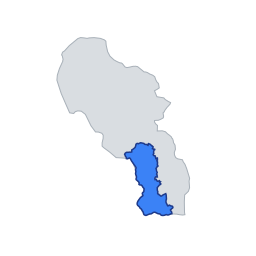 location of Košický within Slovakia, rotated 68°
{"feature_id": "SVK-1057", "entity_name": "Košický", "entity_type": "Region", "adm_level": 1, "iso_a3": "SVK", "parent_name": "Slovakia", "parent_adm1": "", "projection": "orthographic", "projection_center": [21.122, 48.674], "detail": "fine", "context": "in_parent", "style": "filled", "palette": "blue", "viewbox_px": 256, "rotation_deg": 68, "n_neighbors": 0, "source": "natural_earth", "source_scale": "10m", "svg_char_len": 6625}
<svg xmlns="http://www.w3.org/2000/svg" viewBox="0 0 256 256"><g transform="rotate(68 128 128)"><path d="M229.7,107.7L229.2,109.9L227.8,112.5L226.0,115.3L224.6,118.5L222.7,125.5L221.4,128.8L216.0,135.2L215.7,144.1L215.0,144.7L202.6,147.8L201.0,147.4L199.3,145.7L198.3,144.4L197.8,143.5L196.7,141.1L195.2,139.4L193.1,138.0L191.2,136.3L188.7,136.3L182.1,138.6L177.4,138.8L174.3,138.1L170.2,136.7L162.2,136.4L156.7,137.6L156.2,139.3L151.0,150.1L143.5,154.0L137.0,158.0L135.1,158.8L132.0,157.5L128.4,155.0L125.4,153.7L123.1,154.2L120.7,156.9L119.5,159.6L112.1,161.5L99.4,162.4L94.9,165.0L93.3,168.2L93.1,170.7L94.2,172.9L92.7,175.4L92.1,176.4L83.0,176.7L71.0,177.0L63.8,176.5L57.0,176.0L52.5,173.7L47.1,169.2L41.5,163.3L40.9,163.2L40.1,162.5L36.4,161.9L35.4,162.2L33.2,160.3L32.7,157.9L29.6,151.5L26.3,141.0L26.4,138.1L28.1,134.8L29.6,132.3L29.9,130.3L30.1,129.7L31.5,125.6L34.5,120.1L37.3,117.0L39.2,116.0L43.0,117.2L49.6,118.3L54.7,117.8L59.6,115.5L62.2,113.4L64.5,111.2L65.3,109.7L66.3,109.1L70.3,107.9L71.6,106.4L72.2,103.5L72.7,100.2L73.6,97.8L74.7,96.1L82.0,92.1L82.7,90.6L83.9,89.2L86.1,87.6L88.3,85.3L90.5,84.0L93.3,84.2L95.9,84.0L97.9,83.2L98.8,83.2L102.5,84.0L103.1,86.7L103.4,89.5L109.8,89.5L113.5,83.5L115.4,82.9L118.4,80.8L120.4,79.0L121.7,80.2L123.5,84.1L125.5,87.3L126.7,88.5L126.8,89.5L128.0,90.1L130.3,90.5L131.8,91.5L132.2,94.4L132.2,97.0L131.5,98.9L131.0,100.6L132.6,101.2L135.0,100.6L136.7,99.7L141.7,102.0L143.5,97.2L145.5,94.7L148.1,93.6L150.5,92.1L152.6,91.1L154.1,91.1L154.7,90.7L156.5,90.8L158.7,91.3L161.5,90.8L165.5,92.0L168.0,94.2L170.4,95.0L173.2,94.9L175.1,93.6L177.9,89.4L179.9,89.5L183.0,88.8L187.4,88.8L197.7,89.7L200.2,91.3L206.5,93.3L209.3,95.7L210.5,98.5L211.2,100.5L217.7,103.5L227.4,107.2L229.7,107.7Z" fill="#d9dde1" stroke="#a8b0b8" stroke-width="1"/><path d="M223.9,119.4L223.9,119.5L223.6,120.1L223.6,120.6L223.7,121.0L223.8,122.9L223.7,123.2L223.5,123.8L223.2,124.3L222.9,124.6L222.6,124.9L222.5,125.7L222.6,126.8L222.3,128.0L221.9,129.0L221.4,129.8L220.9,130.1L220.0,130.4L219.5,130.7L219.3,131.1L218.9,131.9L218.7,132.3L216.4,134.3L215.9,135.2L215.8,136.3L216.3,138.4L216.1,139.3L215.8,140.2L215.8,144.1L215.1,145.0L214.5,145.5L213.8,145.7L211.7,145.5L211.0,145.5L210.3,145.8L208.5,145.9L207.9,146.1L206.9,146.8L205.3,147.0L203.4,148.0L202.3,148.1L201.2,147.7L200.3,147.0L199.4,146.0L197.4,142.9L197.1,142.3L196.6,140.1L196.3,139.5L195.7,139.4L194.3,139.4L193.8,139.1L193.5,138.7L193.2,137.7L192.9,137.2L192.6,137.0L192.0,136.7L190.8,136.0L190.2,135.8L188.4,136.4L187.2,136.5L186.6,136.6L185.9,137.0L185.6,137.5L185.4,138.1L184.9,138.7L184.4,139.0L184.0,138.8L183.6,138.4L182.9,138.2L181.7,138.4L178.9,139.8L178.0,139.5L177.3,138.8L176.3,138.4L175.2,138.2L174.3,138.3L173.1,138.1L171.1,136.9L170.0,136.8L169.5,136.7L168.4,135.7L167.9,135.4L167.3,135.4L159.7,137.1L157.4,137.3L156.4,137.7L156.4,138.1L156.3,138.5L156.4,139.5L156.4,139.8L156.4,140.0L155.9,140.9L155.8,141.0L155.2,140.6L154.4,140.6L154.1,140.7L153.5,141.0L153.2,141.0L152.7,140.9L151.1,141.0L151.0,140.9L151.1,140.7L150.4,140.1L150.3,139.9L150.2,139.7L150.2,139.3L150.2,139.2L150.1,138.9L150.0,138.7L150.1,138.2L150.2,137.9L150.3,137.6L150.5,137.3L150.6,137.1L150.9,135.8L151.0,135.5L151.1,135.3L151.2,135.1L151.3,135.0L151.3,134.9L151.4,134.7L151.5,134.0L151.6,133.6L151.2,133.4L150.9,133.2L150.4,133.1L150.2,133.0L149.8,132.8L149.7,132.7L149.7,132.4L149.7,132.2L149.5,131.2L148.8,129.0L148.6,128.6L146.8,127.1L146.7,127.0L146.3,126.9L146.0,126.6L145.9,126.3L145.8,125.7L145.7,125.3L145.8,125.1L146.0,124.8L146.2,124.6L146.4,124.4L146.5,124.2L146.5,123.9L146.4,123.4L146.4,122.9L146.4,122.4L146.5,122.3L146.5,122.1L146.4,121.9L146.6,121.5L148.3,119.0L149.1,118.8L149.6,118.3L150.1,117.2L150.3,116.9L150.5,116.7L151.6,116.0L151.1,115.4L150.6,115.2L150.2,115.1L150.1,114.9L150.5,114.5L151.0,113.9L151.2,113.7L151.7,113.4L153.2,112.7L153.5,112.5L153.6,112.4L153.7,112.5L153.8,112.5L154.0,112.4L154.6,111.8L154.8,111.8L154.9,112.0L155.2,112.0L156.0,112.6L156.5,113.4L156.7,113.5L156.6,113.4L156.5,113.2L156.4,112.9L156.4,112.7L156.5,112.7L157.4,112.4L157.5,112.3L157.5,112.2L157.3,111.9L157.4,111.7L157.5,111.5L157.7,111.2L157.9,111.2L158.1,111.3L158.0,111.8L158.1,112.0L158.3,112.1L159.2,112.9L160.1,113.4L160.8,113.5L161.1,113.5L161.3,113.6L161.4,113.8L161.8,114.5L162.0,114.6L162.4,114.6L162.9,114.6L163.2,114.4L163.4,114.3L163.5,114.2L163.7,113.9L163.6,113.7L163.8,113.4L164.0,113.3L164.6,113.3L166.9,113.7L167.0,113.6L166.8,113.3L166.7,113.2L166.8,112.8L166.8,112.6L166.7,112.3L166.7,112.2L166.8,112.0L167.2,112.1L168.0,112.5L168.6,112.6L168.8,112.7L168.8,112.8L168.7,113.0L168.8,113.3L169.2,113.5L169.4,113.5L169.6,113.5L170.7,113.3L171.4,113.9L172.2,114.0L173.2,114.7L173.3,114.7L173.5,114.5L174.2,114.4L174.4,114.4L174.6,114.5L174.7,114.8L174.7,115.0L174.7,115.4L174.9,115.7L175.5,116.2L175.6,116.4L175.6,116.5L175.7,116.8L175.9,117.1L176.1,117.2L176.2,117.3L176.3,117.3L176.4,117.2L176.9,117.2L178.3,117.6L179.0,117.7L179.8,117.5L180.0,117.5L180.4,117.7L180.5,117.8L180.7,118.1L180.8,118.2L181.0,118.4L181.3,118.7L181.5,118.8L182.2,118.6L182.7,118.8L183.1,118.8L183.3,119.0L183.6,119.1L183.9,119.2L184.2,119.1L184.3,119.1L184.3,119.3L184.4,119.5L184.1,119.8L184.0,120.0L183.8,120.3L183.7,120.4L183.7,120.5L183.7,120.8L184.1,121.4L184.7,122.0L185.1,122.2L185.6,122.2L186.0,122.2L185.9,121.8L185.9,121.7L185.9,121.4L186.0,121.2L186.3,121.1L186.8,121.1L187.0,121.1L187.4,120.9L188.0,120.9L188.4,120.6L188.5,120.4L188.6,120.0L188.7,119.3L188.7,119.2L188.5,118.8L188.5,118.7L189.0,118.5L189.3,118.5L189.6,118.8L189.8,118.9L189.9,118.6L189.9,118.2L190.0,118.1L190.1,118.4L190.2,118.6L190.4,118.7L190.8,119.0L191.1,119.0L191.4,118.9L191.6,118.8L191.7,118.7L192.2,118.5L192.6,119.5L192.6,119.8L192.7,120.3L192.8,120.7L193.0,121.1L193.2,121.3L194.2,123.2L196.5,124.1L197.4,124.2L198.0,124.2L198.3,124.2L198.5,124.3L199.2,124.8L199.6,125.0L200.0,125.0L200.2,124.9L200.4,124.9L200.6,124.8L200.7,124.7L200.8,124.4L201.1,124.2L201.9,124.1L202.4,123.5L203.1,123.3L203.3,123.2L203.5,123.0L203.6,122.7L203.6,122.3L203.6,122.1L203.4,121.6L203.3,121.4L203.3,121.0L203.3,120.9L203.1,120.3L203.1,120.1L203.1,119.4L203.1,119.2L203.0,117.6L204.4,117.7L207.8,118.8L208.3,119.0L208.5,119.1L208.6,119.3L208.8,119.5L210.5,120.4L211.2,120.6L211.9,120.6L212.9,120.5L215.0,120.4L215.2,120.1L215.2,119.9L215.1,119.4L215.0,118.9L214.9,118.7L215.1,118.3L215.2,118.2L215.9,117.9L217.2,116.1L218.2,116.0L218.8,116.4L218.9,116.6L219.0,116.8L219.0,117.0L219.0,117.3L219.6,118.6L219.6,118.9L219.7,119.2L219.8,119.3L220.0,119.4L221.2,119.3L222.1,119.0L222.3,119.0L223.9,119.4L223.9,119.4Z" fill="#3b82f6" stroke="#1e3a8a" stroke-width="1.5"/></g></svg>